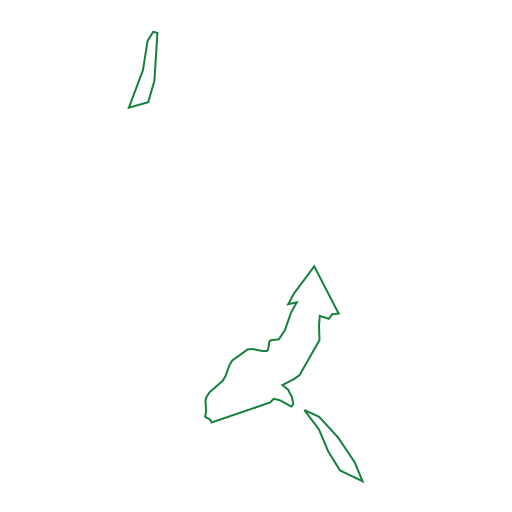 SVG path tracing the border of Crooked Island and Long Cay, rotated 285°
{"feature_id": "BHS-5035", "entity_name": "Crooked Island and Long Cay", "entity_type": "District", "adm_level": 1, "iso_a3": "BHS", "parent_name": "The Bahamas", "parent_adm1": "", "projection": "mercator", "projection_center": [-74.169, 22.823], "detail": "fine", "context": "isolated", "style": "outline", "palette": "green", "viewbox_px": 512, "rotation_deg": 285, "n_neighbors": 0, "source": "natural_earth", "source_scale": "10m", "svg_char_len": 910}
<svg xmlns="http://www.w3.org/2000/svg" viewBox="0 0 512 512"><g transform="rotate(285 256 256)"><path d="M118.1,307.4L83.7,256.2L85.7,254.3L86.6,252.4L86.9,250.5L87.6,248.4L93.4,248.0L102.2,244.9L105.7,244.4L112.0,246.2L127.0,256.2L132.3,257.6L143.7,258.6L148.9,260.1L163.7,272.2L165.3,277.1L165.9,287.2L167.3,291.4L169.2,291.9L175.6,291.1L177.8,291.4L178.9,293.1L181.4,299.6L191.7,303.1L210.7,304.5L221.8,307.4L217.8,299.6L229.6,302.4L261.1,314.9L221.8,350.7L219.9,346.1L219.7,344.8L214.2,342.6L214.7,333.1L205.0,334.9L191.2,339.1L152.2,328.9L146.8,324.4L138.2,314.9L135.2,321.6L128.9,327.3L122.6,330.3L119.7,329.1L122.8,316.7L122.7,310.2L118.1,307.4ZM119.7,342.6L117.0,358.6L101.9,382.3L82.3,404.7L66.0,417.2L70.6,392.6L86.0,376.3L104.8,361.7L119.7,342.6ZM446.0,103.0L399.0,112.5L376.7,112.1L366.4,94.8L406.1,98.7L435.7,95.6L446.0,98.7L446.0,103.0Z" fill="none" stroke="#15803d" stroke-width="2"/></g></svg>